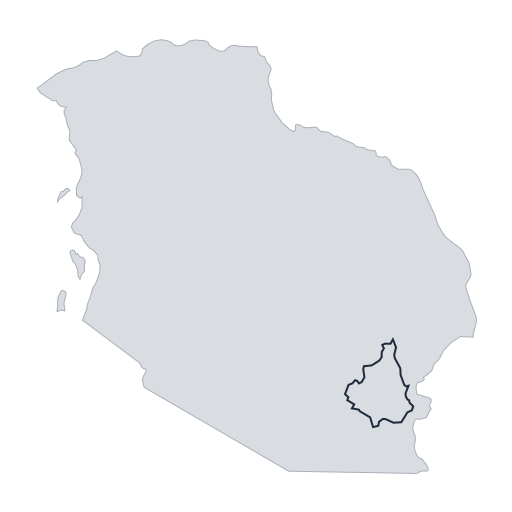 Geita on a map of United Republic of Tanzania (Mercator projection), rotated 181°
{"feature_id": "TZA-5586", "entity_name": "Geita", "entity_type": "Region", "adm_level": 1, "iso_a3": "TZA", "parent_name": "United Republic of Tanzania", "parent_adm1": "", "projection": "mercator", "projection_center": [31.619, -3.252], "detail": "coarse", "context": "in_parent", "style": "outline", "palette": "slate", "viewbox_px": 512, "rotation_deg": 181, "n_neighbors": 0, "source": "natural_earth", "source_scale": "10m", "svg_char_len": 4311}
<svg xmlns="http://www.w3.org/2000/svg" viewBox="0 0 512 512"><g transform="rotate(181 256 256)"><path d="M177.5,377.4L171.0,374.0L165.1,371.9L160.3,369.6L158.1,367.3L153.6,366.5L149.7,366.1L146.1,364.0L138.6,363.2L137.8,361.8L137.7,358.7L136.4,357.9L133.7,357.1L130.7,357.1L129.0,357.6L127.9,357.4L125.5,355.5L123.3,353.2L122.4,349.5L119.0,347.1L115.1,345.2L104.2,345.4L102.5,344.8L99.9,343.0L96.8,339.8L94.4,336.3L92.2,331.5L90.0,325.0L77.5,299.2L76.2,294.3L73.8,288.9L69.8,282.2L65.6,277.3L59.8,272.8L53.3,268.3L49.8,265.3L43.1,253.2L41.7,247.5L40.7,241.7L41.1,239.3L45.3,231.7L45.7,229.6L45.2,226.7L43.1,220.7L40.5,213.3L35.2,200.0L34.4,196.7L34.5,194.1L37.6,180.6L37.6,178.7L50.1,179.0L59.3,173.0L67.2,164.2L68.8,160.5L72.0,154.8L75.2,152.0L76.4,150.1L78.3,144.4L82.4,140.6L86.5,137.6L85.6,135.5L86.3,134.8L88.5,133.3L92.8,131.9L93.6,128.9L93.6,125.6L92.9,123.7L93.0,121.5L92.4,120.3L89.6,120.0L85.4,118.4L81.8,117.7L79.5,116.7L78.6,115.9L78.2,113.9L80.2,108.8L78.2,106.7L82.6,98.1L83.4,97.0L85.0,96.9L87.5,96.0L89.8,95.6L91.7,95.9L93.1,95.6L94.3,94.6L95.4,91.7L96.2,86.8L95.7,82.9L93.9,79.8L93.4,75.2L94.3,68.9L93.7,63.7L91.7,59.6L89.6,57.1L86.5,55.9L81.6,49.6L80.1,46.5L80.3,44.6L82.0,43.8L85.2,44.1L88.1,43.4L90.9,41.6L93.5,41.1L94.9,41.4L219.6,41.4L365.4,122.7L366.0,123.7L367.2,130.7L366.9,133.1L364.7,137.2L364.0,139.3L364.0,140.7L364.5,141.3L366.4,141.5L368.1,142.5L368.7,143.2L369.9,146.3L371.5,147.8L426.9,187.8L428.2,188.4L427.4,191.8L424.2,199.9L424.1,203.3L422.8,207.3L421.7,209.9L418.5,221.4L415.8,225.7L412.2,235.8L411.6,243.5L413.6,248.8L414.3,253.9L418.6,258.9L422.0,260.6L424.3,262.9L428.4,268.1L430.8,273.3L438.1,275.8L441.1,281.6L440.0,285.7L436.6,289.0L433.4,294.4L430.8,301.5L430.8,312.3L432.5,310.6L436.4,313.3L436.9,321.3L432.9,330.6L431.6,334.9L431.4,338.6L434.4,349.8L438.8,355.5L438.4,357.2L437.3,358.7L444.9,368.8L444.2,377.5L447.1,384.3L448.3,390.2L450.2,394.8L450.5,397.9L448.2,401.4L453.7,402.2L456.9,405.1L458.5,407.8L462.5,407.7L464.6,409.5L467.7,411.1L474.6,415.6L476.4,417.9L477.6,420.1L458.7,434.6L451.8,438.3L447.0,440.0L441.8,440.9L436.8,443.2L432.1,446.8L426.1,448.6L418.8,448.6L411.2,451.1L399.1,458.6L392.1,454.4L386.6,453.1L380.3,453.3L376.4,453.8L375.0,454.7L373.8,457.2L372.8,461.4L368.6,465.4L361.3,469.2L354.6,470.6L348.5,469.7L344.3,468.1L342.1,465.8L339.0,464.8L334.7,465.0L330.7,466.6L326.8,469.6L320.6,470.9L312.2,470.5L307.6,469.0L307.0,466.5L303.3,463.6L296.5,460.3L291.5,460.2L288.3,463.4L285.3,465.4L282.7,466.2L280.3,466.3L276.9,465.5L267.5,465.1L258.6,465.3L257.7,460.6L255.9,457.8L254.3,456.1L251.2,455.7L250.4,454.4L249.4,451.5L247.8,449.0L245.8,447.0L244.6,445.1L244.2,443.3L244.6,441.4L246.4,436.7L247.0,433.4L246.8,430.1L245.8,426.7L243.7,422.6L243.9,421.4L243.2,418.6L243.1,416.7L243.5,414.3L243.1,411.1L241.3,404.3L241.3,402.6L239.4,399.3L233.5,391.5L233.2,390.5L224.0,382.7L220.3,381.0L219.0,382.5L218.5,383.8L218.8,386.3L218.6,387.6L218.2,388.1L216.0,388.0L214.7,387.8L211.2,385.7L208.4,385.1L201.7,385.5L199.3,386.0L197.4,385.5L193.8,382.0L189.6,381.2L185.9,381.0L179.6,376.9L177.5,377.4ZM439.1,247.6L442.1,256.2L441.7,257.7L439.6,258.7L438.5,258.8L437.1,257.4L436.2,254.6L434.6,255.3L431.8,251.8L429.0,251.7L426.6,247.6L427.6,244.0L427.0,237.9L430.0,234.8L431.6,229.5L433.6,233.1L434.0,238.7L436.6,245.3L439.1,247.6ZM453.8,196.9L454.0,199.0L453.4,200.8L453.5,206.9L453.3,210.9L451.0,216.4L449.2,218.4L447.5,217.8L446.1,216.9L445.1,215.4L447.2,205.2L446.1,197.8L450.4,198.5L453.8,196.9ZM447.6,319.9L445.5,320.4L444.7,319.9L443.3,318.2L445.6,316.8L447.9,314.0L453.0,310.0L455.4,306.7L455.1,309.9L452.1,316.8L449.6,317.3L447.6,319.9Z" fill="#d9dde1" stroke="#a8b0b8" stroke-width="1"/><path d="M117.7,175.0L114.4,167.1L116.1,159.5L115.4,156.2L109.8,146.3L109.3,139.4L105.5,129.7L103.4,128.2L101.3,128.9L104.0,121.5L103.9,118.5L102.1,115.2L100.4,114.5L99.9,112.0L96.2,108.4L97.5,104.4L101.9,102.3L107.8,92.3L115.6,91.7L123.6,95.2L126.3,95.3L130.1,92.4L130.8,88.3L136.0,87.0L139.0,96.6L149.4,102.5L150.6,104.2L157.4,105.3L155.2,109.4L162.2,113.4L161.2,116.4L164.6,119.4L161.2,128.8L157.4,130.3L154.7,133.6L152.4,132.7L150.9,130.4L148.1,131.8L145.5,136.7L146.8,144.7L146.2,147.7L138.5,148.6L130.9,153.6L128.6,157.0L128.6,162.3L126.5,165.9L128.2,169.3L125.5,170.6L120.0,170.6L117.7,175.0Z" fill="none" stroke="#1e293b" stroke-width="2"/></g></svg>